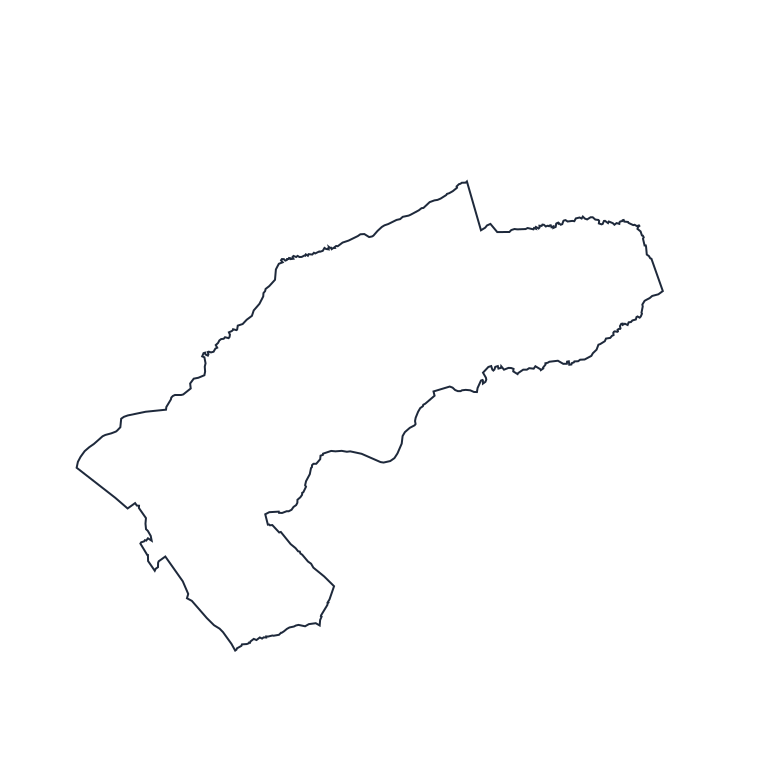 outline of Beleti-Negresti, Arges, Romania, rotated 55°
{"feature_id": "2599482B55152385179350", "entity_name": "Beleti-Negresti", "entity_type": "district", "adm_level": 2, "iso_a3": "ROU", "parent_name": "Romania", "parent_adm1": "Arges", "projection": "orthographic", "projection_center": [25.074, 44.954], "detail": "fine", "context": "isolated", "style": "outline", "palette": "slate", "viewbox_px": 768, "rotation_deg": 55, "n_neighbors": 0, "source": "geoboundaries", "source_scale": "gbopen_adm2", "svg_char_len": 6137}
<svg xmlns="http://www.w3.org/2000/svg" viewBox="0 0 768 768"><g transform="rotate(55 384 384)"><path d="M517.0,658.8L517.0,657.3L516.2,656.1L516.7,651.0L515.8,649.7L518.3,645.6L518.8,643.6L518.4,642.9L519.1,642.2L518.3,641.0L518.1,636.9L520.6,635.3L520.4,631.1L522.6,629.9L522.5,627.9L524.1,625.9L523.2,625.3L524.4,623.8L526.0,619.7L526.9,618.8L529.2,613.9L528.7,611.0L529.1,610.6L529.2,607.9L528.9,604.0L529.2,601.1L531.0,596.9L531.3,594.7L532.3,592.2L537.2,587.6L537.6,583.3L540.8,577.1L544.9,575.2L540.7,571.7L538.8,568.6L538.0,568.9L537.4,568.2L532.5,557.1L531.4,556.1L531.2,555.1L530.6,555.4L529.2,552.2L521.0,540.9L507.3,543.4L493.9,547.2L489.4,546.8L485.8,548.1L476.9,548.9L474.9,549.7L473.0,549.1L471.8,550.3L467.7,550.6L461.7,552.3L446.0,553.4L445.5,555.0L435.5,556.4L434.3,558.5L433.2,558.7L432.6,559.8L422.6,556.0L423.2,551.5L428.2,543.4L429.3,543.9L431.2,541.4L432.4,536.7L433.6,535.0L434.0,531.9L432.8,528.6L432.8,525.4L431.6,523.1L429.2,521.3L428.8,517.5L427.8,514.7L426.2,513.4L426.4,512.2L423.4,506.8L421.7,506.7L418.9,503.6L415.3,496.5L411.0,492.0L410.8,490.8L409.2,489.5L408.9,487.6L410.5,485.2L410.2,484.1L409.0,479.4L406.3,477.1L407.0,474.7L406.1,473.9L408.5,465.7L411.3,462.4L414.5,457.0L418.2,453.3L419.8,450.3L428.3,442.4L446.0,431.6L448.1,429.4L450.7,423.1L450.7,418.0L448.6,412.8L443.0,403.7L437.3,398.6L435.4,394.5L434.7,388.0L435.4,382.6L434.9,381.1L432.1,379.8L429.8,377.4L426.3,372.0L424.5,368.1L424.5,364.9L423.5,363.7L423.8,361.6L422.6,349.3L418.5,347.7L423.8,331.6L426.3,329.9L429.7,329.2L432.2,327.6L433.8,325.3L433.9,323.7L435.7,320.4L438.6,317.0L442.1,314.9L443.9,312.5L441.0,309.7L436.8,302.6L437.2,301.0L437.7,300.9L440.4,302.7L440.4,299.7L439.1,297.7L437.3,296.9L431.5,296.4L429.9,288.7L430.8,285.9L434.3,287.0L435.7,286.7L435.5,285.3L433.8,283.0L434.6,280.5L437.0,281.4L437.9,278.9L436.7,277.8L441.1,277.5L442.2,272.8L443.8,270.7L445.9,269.2L447.8,270.9L452.5,268.9L452.0,268.0L452.1,261.7L454.2,258.8L454.3,256.0L457.3,252.6L456.3,249.8L461.7,247.4L462.6,247.6L462.6,244.6L461.8,244.3L460.7,240.5L459.6,239.9L460.5,237.7L460.6,235.8L464.7,228.2L470.3,225.6L472.3,222.6L470.7,221.2L471.4,219.6L474.5,221.2L475.5,219.3L474.6,218.3L475.2,216.1L474.7,215.1L476.7,211.9L476.6,209.4L479.0,205.6L479.9,198.0L478.6,195.3L477.8,190.2L474.8,185.8L475.3,184.0L475.6,178.6L474.1,176.1L476.0,172.2L475.3,169.8L475.6,167.9L473.6,166.8L473.1,165.7L473.2,164.8L475.1,162.9L475.1,162.2L473.5,161.5L473.6,159.9L474.3,158.9L474.1,158.4L471.9,157.5L470.8,155.1L471.4,153.9L472.5,154.4L472.8,152.1L475.4,150.6L473.8,148.2L474.9,146.2L474.4,144.1L475.6,140.7L474.0,138.8L474.1,137.6L476.3,136.5L476.0,135.0L474.4,132.4L473.3,132.2L468.9,127.6L467.1,126.8L465.3,122.7L466.0,117.0L465.7,113.8L467.9,107.8L467.8,102.3L434.8,93.1L433.7,93.8L431.2,93.6L428.7,94.5L421.7,90.5L420.6,90.1L420.0,91.1L413.5,88.5L412.8,87.1L410.9,86.9L410.2,87.5L406.2,86.3L402.3,87.4L401.1,85.8L401.0,84.2L400.3,84.2L399.7,86.3L397.3,87.4L396.8,88.7L392.3,91.3L391.2,91.2L388.8,94.0L387.1,93.6L386.7,94.6L387.2,95.4L386.4,97.2L386.6,98.3L387.8,99.4L385.6,101.2L385.7,103.9L383.5,104.3L379.9,106.6L380.7,108.2L377.1,109.4L376.6,110.3L378.3,113.1L378.0,114.2L375.7,115.9L373.8,114.2L372.6,114.3L370.5,116.6L367.1,117.4L365.9,119.2L365.7,123.2L363.7,124.6L360.9,125.1L361.8,127.2L359.8,128.3L358.4,131.9L359.8,134.7L358.4,136.2L356.2,140.4L353.9,141.3L353.3,142.7L353.3,143.5L355.3,146.3L354.9,147.9L352.3,148.5L352.7,149.1L351.5,149.5L351.4,150.9L353.8,153.3L353.3,155.8L352.0,154.8L351.6,156.9L349.6,156.4L349.1,157.6L349.4,158.3L348.1,159.4L347.8,161.1L345.3,161.7L344.3,162.8L344.9,164.2L343.5,165.9L345.0,166.8L345.3,168.2L342.4,169.5L342.8,170.7L343.6,170.8L342.3,171.7L343.0,172.9L338.6,176.9L338.3,179.1L333.8,186.1L331.9,188.2L330.9,191.4L331.4,194.1L324.5,204.1L313.9,205.0L313.2,208.7L314.0,211.5L313.7,216.4L265.6,199.9L265.9,201.6L263.8,204.8L263.8,206.6L263.3,207.9L263.8,211.2L265.1,211.6L265.5,217.0L265.1,221.2L264.4,223.4L264.9,224.6L264.6,231.2L263.9,234.5L262.5,237.4L261.2,242.3L262.4,250.7L261.5,252.4L261.7,255.8L260.6,265.1L260.2,267.2L257.8,272.8L258.2,276.2L256.8,279.6L255.4,288.8L254.3,292.6L254.1,295.7L254.9,301.5L256.4,307.6L256.3,309.1L255.1,311.9L249.9,314.1L247.8,317.5L247.8,320.6L246.2,330.8L244.4,336.8L244.6,342.9L243.5,344.0L243.6,346.3L244.3,346.3L243.5,347.7L243.5,349.5L242.0,349.2L241.5,350.1L240.2,350.5L240.9,350.7L240.8,351.9L241.9,352.2L240.2,354.0L238.4,354.7L239.8,357.8L238.9,360.7L238.3,361.0L237.6,365.5L236.3,366.1L236.8,368.5L234.4,371.3L235.3,372.8L233.0,373.7L233.6,374.8L233.2,374.9L232.7,378.5L231.5,380.4L229.5,381.3L229.6,383.1L227.2,384.7L227.6,386.3L229.4,386.4L228.1,388.9L227.1,388.7L226.3,389.5L226.9,390.5L226.0,391.7L226.7,392.5L226.3,394.1L224.3,394.4L223.1,396.0L223.6,397.4L226.2,397.2L225.2,401.2L228.1,406.8L236.1,413.5L238.0,421.9L238.2,426.4L239.7,428.1L240.4,430.6L243.0,432.7L246.9,440.1L249.0,448.5L252.4,453.1L252.6,459.6L253.8,465.4L252.3,470.3L255.2,473.1L255.2,474.0L252.6,476.2L253.2,476.9L253.3,478.5L252.7,481.4L255.2,481.9L256.9,483.6L257.3,485.0L254.5,487.4L255.0,489.4L253.8,491.6L253.9,493.9L255.2,496.4L255.6,499.5L258.6,499.8L258.3,501.9L259.8,505.1L258.9,507.6L257.0,509.0L256.7,510.1L258.9,510.7L259.7,512.0L257.4,513.3L255.7,512.6L255.2,514.1L257.1,517.1L259.1,515.8L264.7,518.3L267.0,520.9L271.2,523.4L273.8,526.1L272.4,532.5L270.5,536.8L272.4,542.5L276.8,544.9L277.4,554.5L276.6,556.6L273.1,561.5L272.7,563.8L273.1,566.0L274.4,567.4L278.0,575.5L280.0,577.3L270.0,595.2L262.8,611.9L261.7,615.9L261.7,619.2L268.2,624.8L269.1,629.3L269.2,630.9L268.0,635.7L265.9,641.5L265.4,644.5L266.7,655.9L266.7,661.7L267.3,667.7L269.6,674.3L272.2,679.4L276.3,683.8L323.1,669.4L338.9,665.4L338.8,656.2L341.8,656.2L343.2,654.5L345.0,655.9L357.3,655.9L361.6,659.5L366.4,662.2L368.8,661.7L374.6,662.2L379.1,664.2L375.0,665.9L375.9,668.6L374.8,669.4L375.3,670.8L374.4,673.7L375.0,675.1L388.3,676.0L388.7,675.5L393.7,678.8L405.5,678.9L404.4,677.0L404.4,674.2L400.9,671.6L400.0,670.3L399.9,662.1L430.2,662.0L443.7,664.8L446.5,668.3L451.4,665.8L474.1,663.4L484.1,661.6L490.1,659.0L494.9,658.2L509.3,658.0L517.0,658.8Z" fill="none" stroke="#1e293b" stroke-width="2"/></g></svg>